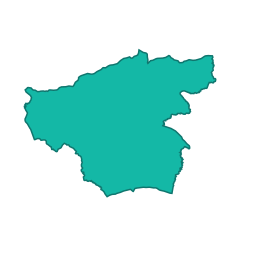 outline of Na Yung, Udon Thani, Thailand, rotated 77°
{"feature_id": "78962969B67652065328847", "entity_name": "Na Yung", "entity_type": "district", "adm_level": 2, "iso_a3": "THA", "parent_name": "Thailand", "parent_adm1": "Udon Thani", "projection": "natural_earth1", "projection_center": [102.174, 17.939], "detail": "fine", "context": "isolated", "style": "filled", "palette": "teal", "viewbox_px": 256, "rotation_deg": 77, "n_neighbors": 0, "source": "geoboundaries", "source_scale": "gbopen_adm2", "svg_char_len": 5717}
<svg xmlns="http://www.w3.org/2000/svg" viewBox="0 0 256 256"><g transform="rotate(77 128 128)"><path d="M201.6,99.9L195.0,97.1L194.5,96.5L192.6,96.5L192.1,95.8L191.2,95.5L190.7,94.6L190.3,94.6L189.0,93.5L188.7,93.6L188.5,93.3L187.9,93.3L187.7,93.5L186.7,92.7L186.3,92.8L186.0,92.1L185.7,92.4L184.4,92.2L184.2,91.6L184.4,91.0L184.1,90.5L184.1,89.1L183.7,88.6L181.9,88.3L181.7,87.6L181.9,87.0L180.6,86.6L180.5,85.8L180.2,86.1L179.9,85.9L179.5,86.5L178.9,86.3L178.7,85.8L179.0,85.3L178.7,85.4L178.7,85.0L178.4,84.1L177.1,84.0L176.4,83.2L175.4,83.8L174.5,82.7L174.4,83.3L173.7,82.8L173.5,83.4L173.0,83.0L172.7,83.4L171.7,82.4L171.4,82.5L171.1,81.6L170.7,81.9L170.3,81.8L170.0,82.4L169.8,82.3L169.7,81.9L169.3,82.0L169.1,82.6L168.6,83.2L168.1,82.9L166.8,83.3L166.4,82.7L165.9,82.9L165.5,82.1L164.8,82.4L164.6,82.1L164.3,82.4L163.8,82.0L163.5,82.5L163.4,82.0L163.0,81.6L162.9,81.2L162.9,81.7L162.4,81.9L161.9,81.3L161.2,81.3L160.5,79.9L160.3,78.8L158.9,77.0L159.3,76.6L159.2,76.2L159.5,75.9L160.0,75.7L160.1,75.2L160.5,74.9L160.6,74.3L160.9,74.0L161.6,73.9L162.0,73.2L161.8,72.6L160.5,72.2L159.1,72.3L156.6,74.2L153.5,75.8L151.3,77.4L148.8,77.8L141.6,82.4L138.1,86.2L133.6,93.6L133.3,93.3L133.6,92.5L132.8,91.8L132.1,91.7L132.2,92.1L131.9,92.3L131.1,91.7L130.5,92.1L130.2,92.0L129.9,92.2L129.5,92.1L128.9,90.7L129.4,89.7L128.7,89.4L128.5,87.6L128.1,87.6L127.8,87.1L128.1,85.5L127.7,84.7L127.9,84.6L127.9,84.3L127.5,83.9L126.8,84.0L126.6,83.4L126.1,83.4L124.9,82.9L124.6,82.3L124.6,81.8L125.2,80.8L125.5,79.5L125.8,79.3L126.0,78.5L125.8,78.1L126.0,77.7L125.7,77.0L125.0,76.6L125.4,74.6L125.9,74.0L125.5,73.7L125.3,73.0L126.2,72.1L126.3,71.4L126.9,71.0L127.3,69.7L127.4,69.1L126.9,68.4L126.7,67.3L127.4,66.1L127.2,65.8L127.4,64.8L126.5,64.2L126.2,63.5L125.9,63.4L125.2,63.7L124.0,63.1L123.7,63.3L123.4,64.0L122.3,64.2L121.0,63.7L120.5,63.9L120.2,63.5L119.5,63.3L118.8,63.6L118.5,63.5L117.9,64.1L117.5,63.8L117.0,64.3L116.6,64.2L115.4,65.0L115.1,65.6L114.7,65.5L114.3,65.9L113.5,66.1L111.9,67.2L110.7,67.4L110.1,68.0L109.2,68.1L108.8,68.6L106.5,69.6L105.4,69.2L104.4,67.4L104.3,66.1L104.5,64.7L107.4,60.6L107.5,60.0L108.2,59.7L108.2,59.3L108.7,59.0L108.7,58.0L109.3,56.0L108.7,55.3L108.7,54.4L109.5,53.8L109.3,51.7L109.5,50.8L109.1,50.2L108.5,50.4L108.3,48.9L107.7,48.9L107.3,48.1L106.8,47.8L107.1,46.9L106.7,45.6L106.9,44.7L106.6,44.2L107.0,42.6L106.8,42.0L103.7,40.0L101.9,38.6L102.4,37.8L102.2,37.0L102.3,36.4L102.9,35.6L103.2,34.8L103.1,34.5L102.4,34.1L102.2,32.4L100.8,31.7L100.0,31.6L99.5,31.9L99.2,33.4L97.6,33.4L95.7,34.2L94.1,34.0L92.8,34.3L91.9,33.5L90.9,32.0L89.0,31.9L87.8,31.2L87.4,30.7L86.5,30.6L86.2,30.2L85.6,30.8L85.2,30.4L84.3,30.6L83.8,31.4L83.5,31.2L83.1,30.2L82.1,30.4L81.4,30.0L80.3,30.1L79.6,30.7L78.2,29.4L76.7,29.5L75.5,33.6L75.2,36.2L75.3,37.1L76.8,41.0L77.1,46.9L76.7,49.5L75.2,53.1L75.7,56.1L75.6,58.3L76.5,59.9L76.1,62.8L75.6,63.4L73.9,64.1L73.6,64.5L72.0,67.8L70.6,68.7L69.2,70.3L67.2,71.1L66.6,71.9L67.7,75.2L67.7,78.4L66.8,83.5L66.8,84.9L67.6,88.5L67.5,90.9L69.5,94.1L68.8,94.3L66.3,93.3L63.2,93.2L60.7,92.7L60.0,92.8L59.0,93.6L57.8,96.2L54.4,99.7L57.4,100.9L59.1,102.2L59.5,104.0L59.6,105.8L60.8,107.8L60.7,109.0L60.4,109.5L59.1,110.4L59.4,113.6L59.3,116.6L60.6,120.1L62.9,123.9L63.1,128.4L62.8,130.7L62.8,131.7L63.1,133.2L64.3,136.3L63.7,138.3L63.7,138.9L65.1,141.2L66.0,145.3L67.4,148.6L67.5,150.2L67.3,151.7L65.8,155.1L66.5,161.8L66.9,163.3L67.4,164.4L67.8,164.8L68.7,165.0L70.2,165.9L71.6,169.0L74.4,171.3L75.1,172.2L75.0,172.9L73.8,176.1L73.8,179.4L73.0,183.5L73.3,185.8L74.7,187.9L74.9,189.0L74.5,192.0L73.3,195.7L73.4,196.7L74.2,198.0L73.5,199.5L73.7,200.5L72.9,202.2L72.5,204.7L72.5,206.3L72.2,208.0L70.3,209.9L69.7,211.8L68.9,212.5L67.2,213.4L66.1,216.2L66.1,216.9L66.7,217.5L67.7,219.6L70.0,219.2L74.2,215.9L75.2,215.5L76.9,215.2L77.7,215.8L78.7,216.1L80.0,217.5L80.5,217.6L81.1,218.6L81.5,218.8L81.4,219.8L81.9,220.2L82.0,220.7L81.5,220.9L81.5,221.3L81.3,221.4L81.0,221.9L82.2,223.2L82.6,222.8L83.3,223.5L83.5,223.2L83.6,224.1L84.7,224.1L84.6,223.6L84.8,223.8L84.9,223.5L85.4,224.1L85.9,223.8L87.2,223.7L90.6,222.6L91.5,223.0L93.6,224.4L96.1,226.3L97.8,226.6L99.0,226.4L101.2,225.1L106.2,223.6L107.4,223.1L118.2,221.8L118.4,221.4L117.9,218.8L118.3,216.9L118.6,216.4L120.4,215.5L120.7,212.5L121.1,211.5L122.3,210.6L124.5,211.0L125.3,210.7L126.3,209.6L128.9,207.6L129.1,207.1L131.7,207.1L131.9,206.8L131.9,205.5L132.9,205.1L133.3,204.4L134.3,203.9L134.9,203.1L135.0,202.8L134.9,202.3L132.9,200.8L132.5,198.8L132.1,197.6L129.9,195.7L128.6,193.5L130.2,191.6L130.8,191.4L131.0,190.0L131.3,189.5L132.8,189.1L135.5,185.7L137.9,184.5L139.2,183.6L140.9,184.9L141.5,184.4L141.5,183.4L142.2,182.4L143.5,182.3L144.5,180.9L145.1,180.4L146.7,180.1L148.5,180.2L149.3,180.6L151.1,180.3L153.4,181.7L154.1,181.8L155.2,181.9L156.8,181.2L157.5,181.8L157.8,182.5L158.5,183.1L160.1,183.0L160.9,182.2L161.1,181.2L161.9,181.2L162.2,182.1L164.0,181.0L164.5,181.0L165.1,181.5L165.7,182.5L168.9,182.6L169.4,182.0L169.5,180.2L169.9,179.8L170.4,179.8L171.0,178.8L170.8,177.6L171.4,176.5L171.1,176.3L171.0,175.6L171.4,175.3L172.0,175.4L172.3,174.8L173.3,174.5L173.6,174.2L173.3,173.9L173.5,173.8L173.9,173.0L174.5,172.8L174.7,172.4L175.3,172.3L175.4,171.9L176.0,172.0L176.9,170.9L177.0,170.3L178.1,169.5L178.4,169.0L179.1,168.7L179.2,168.3L178.8,168.2L179.1,167.8L179.6,167.8L180.5,167.3L181.0,167.9L181.8,168.2L182.3,167.8L182.6,167.2L184.6,165.8L187.3,165.1L190.2,163.8L189.4,161.1L189.1,158.5L189.6,155.0L189.2,153.7L189.0,149.9L188.4,146.4L188.3,139.8L188.5,139.2L190.9,137.4L191.0,137.1L188.5,134.9L188.5,132.9L189.2,126.2L190.0,123.8L190.5,120.5L192.2,116.3L192.4,114.9L193.1,113.5L195.3,111.5L196.0,110.5L197.6,107.1L200.9,101.8L201.6,99.9Z" fill="#14b8a6" stroke="#0f766e" stroke-width="1.5"/></g></svg>